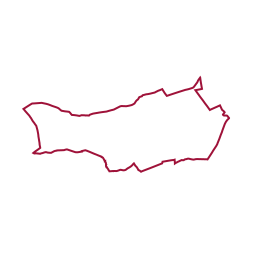 the district of Urziceni, Romania, rotated 337°
{"feature_id": "2599482B49028853764158", "entity_name": "Urziceni", "entity_type": "district", "adm_level": 2, "iso_a3": "ROU", "parent_name": "Romania", "parent_adm1": "", "projection": "equal_earth", "projection_center": [22.375, 47.735], "detail": "fine", "context": "isolated", "style": "outline", "palette": "rose", "viewbox_px": 256, "rotation_deg": 337, "n_neighbors": 0, "source": "geoboundaries", "source_scale": "gbopen_adm2", "svg_char_len": 4758}
<svg xmlns="http://www.w3.org/2000/svg" viewBox="0 0 256 256"><g transform="rotate(337 128 128)"><path d="M214.1,109.8L213.1,110.4L212.6,110.7L212.2,110.9L211.2,111.6L210.8,111.9L210.5,112.2L210.3,112.4L209.4,113.2L209.0,113.4L208.4,113.7L207.3,114.4L204.9,115.8L204.2,116.1L203.8,116.2L203.5,116.3L201.9,116.2L199.0,115.9L197.2,115.6L195.6,115.3L192.5,115.0L189.4,114.7L188.3,114.6L186.0,114.4L183.7,114.2L180.1,113.9L177.4,113.7L176.3,113.6L175.8,111.7L175.4,110.0L174.8,106.3L174.7,105.6L172.1,105.6L170.3,105.5L169.2,105.6L168.4,105.6L166.5,105.8L163.5,105.3L162.1,105.1L160.6,104.8L159.6,104.6L157.9,104.1L154.3,103.6L153.8,103.8L153.3,104.2L150.5,104.0L149.6,104.6L149.4,104.9L149.0,105.1L148.3,105.6L146.9,105.9L145.7,106.5L144.4,107.4L143.5,108.0L141.3,108.3L140.2,108.3L137.7,107.9L135.0,107.3L132.6,106.2L130.5,105.2L129.0,105.0L128.0,105.1L125.0,105.3L122.2,105.5L120.8,105.3L119.7,105.1L116.7,104.7L114.8,104.5L114.0,104.3L112.3,103.8L110.5,103.3L107.4,102.5L106.0,102.2L102.7,101.4L101.4,101.1L99.0,100.9L98.5,100.9L97.8,100.9L97.0,101.3L96.7,101.2L95.0,100.3L94.0,100.0L93.3,99.5L90.3,98.1L88.0,97.9L85.9,96.5L83.7,95.2L81.4,94.0L81.3,93.7L81.1,93.1L80.8,92.0L80.6,91.3L80.1,90.1L79.1,89.5L77.7,88.7L76.6,88.1L73.5,86.1L72.5,84.2L71.8,82.7L70.8,81.6L69.4,80.3L66.9,78.1L65.4,76.6L63.7,75.0L62.2,73.8L60.9,72.9L58.3,71.1L55.6,70.2L51.5,68.8L49.3,68.0L47.0,68.3L44.0,68.8L41.6,69.2L39.2,69.6L39.3,70.0L39.7,71.0L39.9,71.9L40.5,73.7L41.3,76.1L42.0,78.1L42.2,79.4L42.6,81.0L42.9,83.5L43.1,84.7L43.6,86.5L43.9,88.1L44.4,90.1L44.2,91.7L43.8,94.7L43.6,95.6L43.1,97.9L42.6,99.8L42.5,100.0L42.3,100.6L41.7,103.1L41.1,105.5L40.6,107.6L40.4,107.9L40.0,109.4L39.6,111.5L39.4,112.0L37.0,112.6L33.1,113.4L31.1,114.0L31.4,114.4L31.7,114.7L31.9,114.9L32.2,115.0L33.5,115.4L35.3,116.4L37.1,117.4L37.7,117.4L38.0,117.4L39.7,117.7L41.4,117.8L42.9,118.1L43.1,118.2L44.8,119.5L45.3,119.7L46.2,120.2L47.4,120.7L47.6,120.8L50.1,120.6L51.0,120.5L52.0,120.6L53.6,121.0L53.9,120.9L60.5,123.4L61.0,123.4L62.5,123.6L63.3,123.8L63.8,124.1L64.2,124.5L68.5,128.3L70.1,129.7L71.7,130.5L73.1,130.9L74.8,131.3L76.4,131.7L76.5,131.2L80.0,131.8L81.3,132.9L83.7,135.3L86.5,138.2L92.5,144.2L92.4,144.6L93.1,145.2L93.3,145.6L93.4,145.9L93.4,146.3L93.5,146.8L93.5,147.0L93.6,147.4L93.6,147.5L93.6,147.8L93.7,148.0L93.7,148.3L93.6,148.7L93.6,148.9L93.7,149.0L93.8,149.2L93.7,149.4L93.7,149.5L93.8,149.6L94.0,149.6L93.8,150.0L93.7,150.1L93.8,150.2L93.9,150.6L94.0,150.7L94.0,151.0L94.0,151.3L93.8,151.8L93.8,152.2L93.7,152.5L93.5,152.9L93.5,153.0L93.4,153.2L93.5,153.3L93.4,153.4L93.3,153.5L93.1,154.0L93.0,154.3L92.9,154.5L92.9,154.8L92.8,155.0L92.8,155.3L92.9,155.5L92.9,155.8L93.1,155.9L93.3,156.0L93.3,156.4L93.3,156.8L93.4,157.3L93.6,158.0L93.7,158.3L93.7,158.7L93.7,159.1L93.7,159.5L93.8,159.7L94.0,160.1L94.0,160.4L94.0,160.6L94.3,160.7L94.6,160.8L95.1,161.0L95.8,161.2L96.2,161.4L97.0,161.6L97.3,161.7L97.6,162.0L97.8,162.0L98.1,162.0L98.3,162.1L98.7,162.3L99.2,162.5L99.4,162.6L100.5,163.1L100.9,163.2L101.4,163.3L101.9,163.3L102.5,163.4L103.1,163.4L103.3,163.4L104.1,163.4L104.7,163.6L104.9,163.6L106.1,164.4L106.5,164.7L106.7,164.8L107.1,165.1L107.9,165.4L108.4,165.5L109.1,165.6L109.6,165.6L111.4,165.1L111.7,165.1L112.0,165.0L112.7,164.9L114.0,164.8L115.0,164.6L115.6,164.5L116.2,164.3L116.8,164.1L117.6,163.8L118.0,163.6L118.3,163.4L119.0,163.1L119.3,163.0L119.6,162.9L119.8,164.2L120.0,165.6L120.4,166.5L120.6,167.1L120.8,167.6L121.0,169.1L121.1,170.1L121.1,170.6L121.2,170.8L121.3,171.0L121.6,171.2L121.9,171.5L122.1,171.8L122.9,173.3L123.2,173.2L124.1,173.3L125.0,173.3L127.6,173.4L133.3,173.6L137.2,173.7L145.6,173.9L146.6,172.6L146.8,172.7L147.3,172.7L147.6,172.8L154.9,174.5L158.1,175.4L158.3,175.4L158.5,175.4L157.5,178.5L157.3,179.0L158.3,178.8L159.9,178.7L160.6,178.6L161.8,178.6L163.4,178.5L164.6,178.5L164.9,178.5L165.0,178.5L165.7,179.0L166.4,179.3L166.7,179.4L168.0,179.1L170.0,179.5L171.1,179.6L171.4,179.7L172.0,180.0L172.5,180.4L173.6,181.2L174.9,182.1L175.6,182.5L176.2,182.8L178.4,183.2L179.7,183.7L188.3,187.6L188.9,188.0L191.5,186.3L195.8,183.4L197.4,182.2L202.1,179.1L203.8,177.8L204.4,177.1L205.1,176.4L207.2,174.3L207.9,173.6L210.5,170.8L211.3,170.0L212.9,168.4L213.9,167.2L215.5,165.5L218.7,162.1L220.5,160.6L222.5,159.4L224.8,158.5L224.9,158.3L224.8,158.0L224.1,155.5L223.9,155.3L223.6,155.0L221.2,154.0L220.9,153.6L220.7,153.3L220.7,152.7L223.1,151.3L223.1,151.2L222.8,150.2L222.2,149.0L221.7,148.0L221.5,143.1L218.2,143.2L217.6,143.2L212.3,143.3L211.3,143.3L210.4,143.4L209.4,138.9L208.5,135.4L207.8,132.2L206.5,127.1L206.2,125.6L205.9,124.4L205.1,120.9L204.8,119.5L205.2,119.6L209.7,120.6L210.7,120.8L211.4,120.9L211.8,119.1L212.9,114.4L213.9,110.6L214.1,110.1L214.1,109.9L214.1,109.8Z" fill="none" stroke="#9f1239" stroke-width="2"/></g></svg>